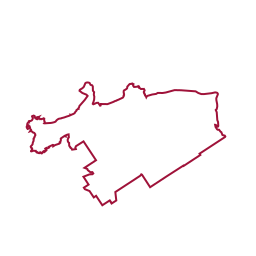 Darwin, Northern Territory, Australia, rotated 57°
{"feature_id": "25037944B80188408210929", "entity_name": "Darwin", "entity_type": "district", "adm_level": 2, "iso_a3": "AUS", "parent_name": "Australia", "parent_adm1": "Northern Territory", "projection": "equal_earth", "projection_center": [130.84, -12.399], "detail": "fine", "context": "isolated", "style": "outline", "palette": "rose", "viewbox_px": 256, "rotation_deg": 57, "n_neighbors": 0, "source": "geoboundaries", "source_scale": "gbopen_adm2", "svg_char_len": 5501}
<svg xmlns="http://www.w3.org/2000/svg" viewBox="0 0 256 256"><g transform="rotate(57 128 128)"><path d="M188.4,51.5L188.1,51.0L187.1,51.0L185.3,52.6L182.3,52.0L181.6,52.4L179.0,52.6L178.3,53.7L177.6,54.0L174.8,54.0L172.8,53.2L173.2,52.7L175.6,52.3L175.8,51.7L175.5,51.2L172.0,49.2L170.0,48.8L163.1,45.0L160.7,44.6L160.5,43.4L159.4,42.2L158.4,41.3L156.5,40.2L152.7,38.7L151.1,37.7L148.7,34.3L148.2,34.0L147.3,34.0L146.7,34.3L145.6,35.5L144.3,39.0L140.9,45.9L139.4,48.1L136.9,50.0L134.1,51.3L125.2,63.0L121.6,68.3L118.8,77.0L117.5,79.9L114.8,83.9L114.7,85.9L113.1,89.4L111.8,93.7L111.6,94.8L112.2,95.9L111.7,95.8L110.7,95.9L109.7,95.9L109.3,95.5L109.0,95.4L108.5,95.6L108.0,95.7L107.7,95.6L107.5,95.3L107.1,95.3L106.7,95.3L106.4,95.2L106.1,94.8L105.8,93.9L105.4,93.5L105.2,93.5L103.9,93.4L103.8,93.7L103.7,93.7L103.6,93.8L103.6,93.7L103.6,93.9L103.4,94.1L103.0,94.8L102.4,95.8L102.2,96.0L101.9,96.1L101.6,96.1L101.4,96.2L100.9,96.4L100.5,96.8L100.1,96.6L99.8,96.7L99.5,96.4L99.4,96.5L99.1,96.3L98.8,96.3L98.8,96.7L98.6,96.7L98.4,97.0L98.6,97.5L98.1,98.3L97.6,99.3L97.1,100.2L96.8,100.3L96.7,100.6L96.2,100.6L95.4,100.7L95.2,100.6L94.8,100.1L94.6,100.1L94.4,100.1L93.5,100.5L93.2,100.3L93.3,100.0L93.1,100.1L93.1,100.6L92.8,100.8L92.6,101.6L92.1,102.4L92.1,102.8L92.2,103.6L92.5,104.4L92.8,105.6L92.9,106.0L93.2,106.3L93.5,106.5L94.1,107.0L94.3,107.5L94.4,107.9L94.4,109.7L94.4,110.0L94.3,110.7L94.4,111.0L94.5,111.3L95.5,112.1L96.1,112.4L96.4,112.4L96.8,112.7L97.1,112.7L97.6,112.9L97.9,113.3L98.1,113.7L98.5,114.1L98.8,114.0L99.0,114.4L99.6,115.4L99.7,115.9L99.4,118.2L99.2,119.3L99.1,120.5L98.7,122.1L98.8,122.7L98.3,124.2L98.3,125.1L98.1,125.7L98.1,126.3L96.8,132.2L93.1,137.7L94.2,138.7L94.1,139.2L90.6,139.3L89.8,140.7L89.5,142.9L89.2,144.2L88.6,144.4L88.2,144.1L87.5,143.0L85.8,141.0L83.4,139.2L81.6,138.6L80.5,137.8L79.5,136.9L77.6,137.1L74.0,134.9L72.7,134.8L71.4,135.9L69.2,135.7L67.9,136.9L67.2,138.3L67.2,139.4L69.4,142.6L69.8,144.6L69.7,147.6L70.4,148.4L73.8,147.2L77.4,144.7L79.1,144.4L80.9,149.0L83.1,156.8L84.3,158.1L84.4,158.9L84.5,159.1L84.8,159.2L84.7,159.3L84.8,159.5L84.8,160.1L84.9,160.6L84.9,161.4L85.2,161.7L85.4,161.9L85.5,162.1L85.8,163.4L86.1,164.0L86.4,164.5L86.5,164.8L86.4,166.6L86.3,166.9L86.2,167.1L86.2,167.4L86.0,168.6L85.9,168.7L86.0,168.7L86.0,168.8L85.6,171.1L85.1,172.8L84.9,173.6L84.5,175.4L83.9,177.3L83.6,178.0L83.6,178.5L83.2,179.5L82.6,180.9L82.5,181.4L82.5,182.5L82.6,183.6L83.2,185.4L82.9,186.9L82.2,188.9L81.6,190.2L79.6,193.7L78.8,195.2L78.7,195.4L78.4,195.7L78.1,195.0L77.6,194.5L76.9,194.5L76.4,194.4L76.1,194.1L75.3,193.7L74.9,193.7L73.9,192.5L74.1,193.0L73.9,193.4L73.8,194.7L73.5,195.3L73.5,195.7L73.2,195.9L72.7,196.9L72.4,196.8L71.9,197.1L71.6,197.0L71.1,197.2L70.4,197.2L70.2,197.1L70.1,196.8L70.0,197.3L69.8,197.6L69.6,197.8L69.5,198.3L69.4,198.6L69.6,198.7L69.8,198.0L70.1,197.6L70.3,197.5L71.2,197.5L71.3,197.8L71.3,198.4L71.4,198.9L71.3,199.0L71.2,199.4L71.0,199.6L69.5,200.4L68.9,200.4L67.9,200.1L67.4,199.9L67.0,199.8L66.7,200.0L66.2,200.4L66.2,200.6L65.9,201.5L65.9,202.1L66.2,202.2L66.9,202.3L67.6,202.2L67.8,202.3L68.7,203.4L69.1,204.1L69.2,204.7L69.1,205.6L69.0,206.3L68.9,206.5L68.4,206.9L68.3,207.5L68.8,208.1L69.4,208.2L69.1,208.9L69.2,209.4L69.3,209.7L69.6,210.1L70.6,211.0L71.3,211.4L71.5,212.0L71.9,212.4L72.7,212.7L74.2,212.7L74.3,212.6L74.2,212.4L73.3,212.5L72.6,212.5L72.1,212.3L71.8,212.1L71.6,211.8L71.5,211.5L71.6,210.2L71.8,210.3L71.8,210.1L72.3,210.0L72.5,209.8L72.8,209.7L72.9,209.8L73.1,210.0L73.2,209.8L73.7,210.1L73.9,209.8L74.1,209.8L74.7,210.6L74.8,210.5L75.8,210.4L76.5,210.3L76.9,210.3L77.2,210.4L77.5,210.8L77.4,211.0L77.5,211.2L77.3,211.8L77.4,212.0L77.6,211.2L77.7,210.9L78.0,210.9L79.4,210.2L79.9,210.2L81.0,209.3L81.9,209.2L82.3,209.3L82.6,209.2L82.9,209.4L83.5,209.5L84.7,211.6L84.8,211.7L85.0,211.7L85.1,211.9L85.3,212.3L85.4,212.9L85.6,213.1L85.8,213.3L86.3,213.3L86.7,213.7L87.2,214.1L87.4,214.4L87.7,214.6L87.9,215.1L88.6,216.0L89.6,216.8L90.1,217.9L90.4,219.3L90.6,219.7L90.8,219.8L91.4,219.9L91.7,219.9L92.5,219.9L92.8,219.5L93.1,219.6L93.6,219.9L93.8,220.2L94.5,221.9L94.7,222.0L94.9,221.9L95.2,221.2L95.3,220.3L95.2,220.1L95.6,219.7L96.8,218.0L97.0,218.2L97.3,218.1L98.7,217.3L98.9,217.8L99.1,217.7L99.6,217.2L100.0,216.8L100.3,216.7L100.9,215.9L100.5,214.9L101.9,214.5L101.8,213.9L102.3,213.8L102.1,212.5L101.7,212.5L101.5,211.6L102.0,211.5L101.9,210.7L102.6,210.8L102.3,208.8L102.0,208.8L102.0,208.6L100.2,208.6L100.2,207.9L100.3,207.3L101.1,207.5L101.4,204.9L100.6,204.8L101.2,200.3L101.4,200.1L102.6,200.7L102.6,198.5L103.7,194.2L102.9,193.4L103.6,193.9L103.5,193.7L103.5,193.2L103.2,193.2L102.7,192.9L102.9,192.3L102.8,192.2L102.2,191.7L102.1,191.4L101.7,191.0L101.2,190.7L100.9,190.4L100.3,190.2L100.2,190.0L100.1,186.5L100.1,185.1L100.2,184.9L100.3,184.8L100.8,184.8L101.0,185.0L101.1,184.9L100.3,184.8L100.2,184.6L100.5,182.6L101.0,181.3L103.6,182.7L104.0,183.7L105.1,185.1L106.4,185.7L107.7,185.8L108.4,185.5L110.9,187.0L112.2,186.8L112.3,187.0L113.5,187.0L114.1,186.5L115.7,186.7L117.3,183.2L115.7,182.8L114.9,181.5L115.0,172.6L137.6,172.4L137.7,186.2L140.2,184.4L141.4,184.7L144.6,183.6L145.6,181.9L147.2,181.9L147.4,183.0L145.9,185.6L144.6,191.9L154.0,191.9L154.0,197.5L155.8,197.5L159.9,194.6L167.6,194.5L167.5,191.7L178.8,191.6L178.8,182.7L181.1,182.6L181.1,182.9L182.4,182.9L182.4,177.3L174.8,173.5L174.7,144.1L174.5,143.0L174.1,142.1L174.8,141.7L189.7,141.7L189.6,121.7L189.7,102.0L190.1,102.0L190.0,82.0L188.5,82.0L188.4,51.5Z" fill="none" stroke="#9f1239" stroke-width="2"/></g></svg>